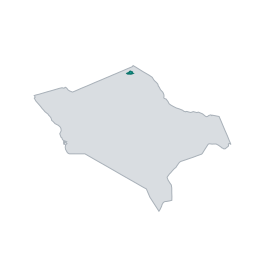 Uriri, Nyanza, Kenya shown in context, rotated 120°
{"feature_id": "3690345B30579177198917", "entity_name": "Uriri", "entity_type": "district", "adm_level": 2, "iso_a3": "KEN", "parent_name": "Kenya", "parent_adm1": "Nyanza", "projection": "equal_earth", "projection_center": [34.454, -0.944], "detail": "fine", "context": "in_parent", "style": "filled", "palette": "teal", "viewbox_px": 256, "rotation_deg": 120, "n_neighbors": 0, "source": "geoboundaries", "source_scale": "gbopen_adm2", "svg_char_len": 3546}
<svg xmlns="http://www.w3.org/2000/svg" viewBox="0 0 256 256"><g transform="rotate(120 128 128)"><path d="M71.4,154.8L71.4,151.5L71.7,143.2L71.7,136.0L72.0,132.3L73.3,130.0L73.9,128.3L74.4,126.0L75.1,124.1L76.7,122.5L76.9,121.6L78.6,119.0L79.6,115.7L80.4,114.6L81.3,113.5L82.0,113.0L83.1,112.4L84.0,112.1L84.1,111.8L84.2,111.3L83.9,109.2L84.3,108.5L84.9,107.1L85.5,105.9L86.2,105.0L86.5,104.2L86.7,102.7L86.7,101.7L86.7,100.0L86.5,96.2L85.8,93.0L85.3,89.4L85.6,88.2L85.1,86.1L84.8,86.0L84.3,85.5L83.8,83.5L83.3,81.7L83.1,81.3L81.2,79.7L80.2,76.0L79.1,75.1L78.6,71.4L78.5,70.4L79.1,66.7L79.0,65.8L78.4,65.0L76.6,64.2L75.1,62.7L75.3,62.2L75.4,61.6L74.7,61.3L72.5,54.9L75.3,51.1L78.2,47.3L81.9,42.4L85.2,37.9L88.2,34.1L90.8,30.6L90.7,31.3L90.7,32.2L91.0,32.7L91.6,33.1L92.3,32.7L93.0,32.1L93.6,32.0L97.5,33.5L98.2,34.7L98.1,36.1L98.3,37.0L98.0,38.0L97.7,41.0L97.8,43.7L99.0,45.7L100.0,47.3L100.9,49.5L101.5,50.2L102.3,50.5L105.0,50.6L109.0,50.8L112.8,50.9L113.2,51.0L114.0,51.3L117.5,54.3L120.8,57.0L123.5,59.4L126.2,61.7L128.8,64.0L130.8,65.8L132.7,66.4L136.0,66.7L138.2,66.8L140.2,67.6L143.3,68.3L145.6,68.7L146.9,69.1L150.8,69.5L151.4,69.3L153.1,67.2L154.9,63.8L155.7,62.0L158.1,60.1L162.4,57.6L165.4,55.7L168.7,53.9L170.3,55.5L172.4,58.0L173.3,59.3L174.1,59.8L175.2,60.2L176.6,60.2L177.4,60.2L178.9,59.8L182.6,59.5L184.6,59.6L182.9,62.9L180.8,67.0L177.0,74.4L174.1,78.3L171.8,81.3L171.6,81.8L171.7,85.1L171.7,93.1L171.8,109.3L171.8,125.4L171.9,141.5L171.9,149.6L171.9,152.3L173.8,155.7L175.7,159.0L178.3,163.4L179.6,165.7L179.8,166.5L179.7,168.1L177.7,171.4L176.0,172.8L173.7,173.6L173.0,173.4L172.1,173.0L171.8,173.7L171.5,175.0L171.0,174.7L170.6,174.4L170.8,176.5L171.1,177.6L170.7,179.1L169.6,180.3L169.5,181.4L167.1,184.2L163.7,184.5L161.9,185.9L161.1,187.1L160.5,189.6L160.7,193.4L159.8,196.3L159.6,197.8L157.8,199.7L157.0,201.5L156.5,203.3L156.0,204.1L155.4,208.1L154.5,210.5L154.3,211.3L154.1,212.0L153.5,213.4L153.1,214.4L152.8,215.1L150.7,221.3L149.0,224.1L147.8,223.8L146.9,224.9L146.8,225.4L146.4,225.1L145.3,224.1L143.2,221.9L141.0,219.8L138.8,217.7L136.6,215.6L134.5,213.5L132.3,211.4L130.1,209.3L127.9,207.2L126.7,205.9L126.1,205.2L125.7,203.7L125.4,203.4L124.9,202.9L124.2,202.8L124.0,202.5L124.0,201.8L124.2,200.8L125.0,198.9L125.1,197.7L125.0,196.4L124.7,194.4L124.5,193.9L123.1,192.8L120.0,190.5L117.0,188.3L114.0,186.0L111.0,183.7L107.9,181.4L104.9,179.2L101.9,176.9L98.9,174.6L95.8,172.3L92.8,170.0L89.8,167.8L86.8,165.5L83.7,163.2L80.7,160.9L77.7,158.7L74.7,156.4L73.5,155.5L72.5,154.8L71.4,154.8ZM172.1,176.9L171.6,177.1L171.8,176.0L173.4,174.6L174.0,174.9L174.1,175.2L174.1,175.5L173.8,175.8L172.1,176.9Z" fill="#d9dde1" stroke="#a8b0b8" stroke-width="1"/><path d="M79.4,152.1L79.2,152.0L79.2,151.9L79.0,151.7L78.9,151.7L78.7,151.5L78.6,151.4L78.4,151.3L78.3,151.2L78.3,151.3L78.4,151.5L78.2,151.7L78.2,151.8L77.9,151.9L77.8,152.0L77.7,152.0L77.4,152.2L77.4,152.3L77.5,152.4L77.5,152.5L77.6,152.8L77.6,153.0L77.6,153.3L77.6,153.5L77.6,153.8L77.6,154.0L77.7,154.3L77.8,154.3L78.0,154.5L78.3,154.6L78.4,154.8L78.5,154.8L78.5,154.7L78.8,154.7L79.0,154.7L79.3,154.7L79.4,154.8L79.5,154.9L79.7,155.0L79.8,155.0L80.0,155.2L80.1,155.3L80.3,155.5L80.5,155.6L80.8,155.8L80.9,156.0L81.0,156.0L81.3,156.1L81.3,155.9L81.3,155.7L81.2,155.6L81.2,155.4L81.2,155.1L81.1,154.9L80.9,154.9L80.8,154.7L80.7,154.6L80.7,154.4L80.6,154.2L80.5,153.9L80.4,153.8L80.4,153.7L80.2,153.4L80.1,153.2L80.0,152.9L79.9,152.9L79.8,152.7L79.7,152.6L79.6,152.4L79.4,152.3L79.4,152.2L79.4,152.1Z" fill="#14b8a6" stroke="#0f766e" stroke-width="1.5"/></g></svg>